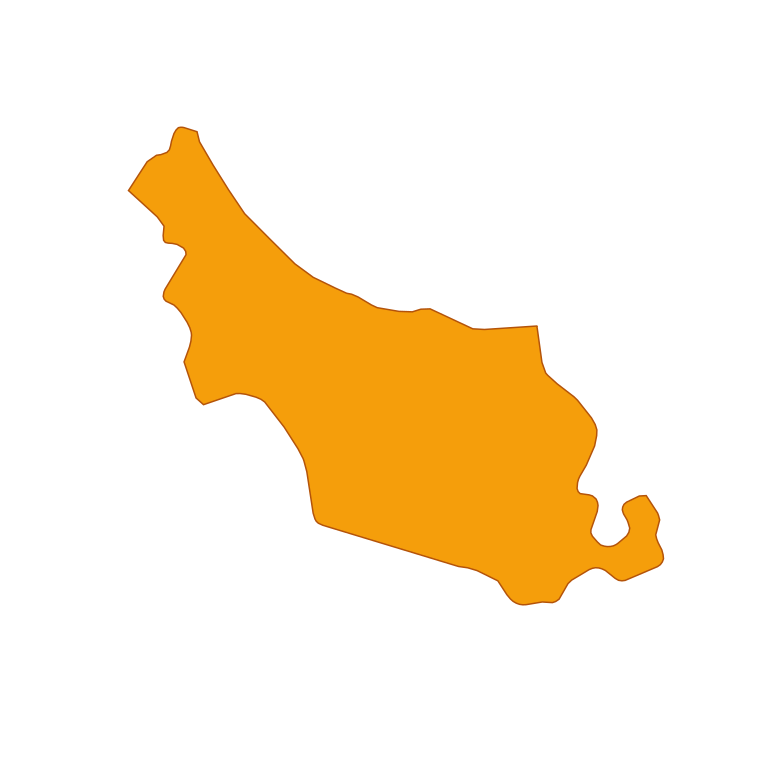 the border of Sousse, rotated 313°
{"feature_id": "TUN-119", "entity_name": "Sousse", "entity_type": "Governorate", "adm_level": 1, "iso_a3": "TUN", "parent_name": "Tunisia", "parent_adm1": "", "projection": "albers", "projection_center": [10.439, 35.896], "detail": "fine", "context": "isolated", "style": "filled", "palette": "amber", "viewbox_px": 768, "rotation_deg": 313, "n_neighbors": 0, "source": "natural_earth", "source_scale": "10m", "svg_char_len": 2204}
<svg xmlns="http://www.w3.org/2000/svg" viewBox="0 0 768 768"><g transform="rotate(313 384 384)"><path d="M441.0,75.2L435.3,83.9L427.5,109.8L420.0,137.9L413.5,165.9L412.2,200.8L411.1,236.9L413.7,259.4L420.8,282.5L424.9,294.8L427.6,299.1L430.0,305.8L433.2,320.8L435.2,327.0L447.3,345.4L456.1,355.5L463.8,359.9L470.4,366.5L484.9,411.3L492.4,420.3L530.6,456.2L529.3,458.0L507.5,484.8L502.3,494.8L502.0,497.9L502.2,510.5L504.2,531.7L504.1,536.6L500.7,558.9L498.4,566.1L495.6,571.0L491.2,574.8L482.3,580.3L462.6,587.3L450.2,590.1L447.2,591.1L443.9,592.8L439.2,596.5L437.7,599.4L437.6,602.2L442.8,609.6L444.3,612.8L444.5,617.6L443.1,620.8L441.1,623.4L436.2,626.9L418.6,634.7L416.2,636.8L414.8,640.2L414.0,647.7L414.0,652.0L414.3,652.9L415.7,655.8L417.4,658.2L419.6,660.4L422.0,662.1L424.7,663.2L426.8,663.7L438.3,665.1L442.6,664.2L446.2,662.0L449.2,656.9L450.4,654.4L452.3,648.0L453.1,646.4L454.5,644.1L456.8,642.5L459.7,641.6L463.1,642.0L476.2,647.1L481.2,651.9L476.2,672.1L475.0,674.5L472.6,678.3L459.0,685.6L456.7,689.0L454.9,692.7L452.1,700.4L449.5,704.5L446.8,707.6L443.7,708.9L440.4,709.3L437.0,708.6L404.8,694.3L402.3,692.2L400.4,689.4L399.5,685.7L398.6,673.1L397.5,669.6L396.0,666.6L393.9,664.0L391.3,662.1L388.1,660.6L368.6,655.0L363.5,654.7L346.0,658.8L342.0,657.9L339.0,656.3L332.5,648.4L319.5,638.4L317.2,636.1L315.3,633.4L313.9,630.2L313.1,626.7L313.0,623.2L313.7,617.6L317.7,601.5L311.0,579.3L306.7,570.6L301.4,563.0L239.0,435.7L237.4,430.9L237.4,428.1L238.2,425.6L241.2,420.3L267.2,387.4L273.1,378.0L274.3,375.7L278.0,365.2L284.4,340.3L289.5,309.0L288.9,304.4L287.1,299.4L282.2,289.9L279.0,285.4L276.1,282.3L245.8,266.1L245.6,256.1L263.8,222.7L278.4,216.5L283.6,213.6L288.4,210.0L290.3,207.8L292.7,203.6L294.9,197.9L297.8,186.7L298.5,181.0L298.5,176.5L295.9,168.1L296.1,165.4L297.5,162.8L301.2,160.3L304.2,159.2L343.6,151.0L345.7,148.6L346.7,144.7L345.0,137.5L342.4,133.2L339.8,130.0L338.4,127.5L338.8,124.8L341.9,121.3L349.4,115.5L351.6,104.2L351.2,65.2L369.2,62.0L385.1,59.2L396.1,61.6L399.6,64.4L405.3,67.3L408.9,67.3L412.6,65.5L416.6,63.0L423.9,59.6L427.9,58.7L431.2,58.8L433.0,60.1L434.1,61.3L435.1,62.8L438.1,69.1L441.0,75.2Z" fill="#f59e0b" stroke="#b45309" stroke-width="1.5"/></g></svg>